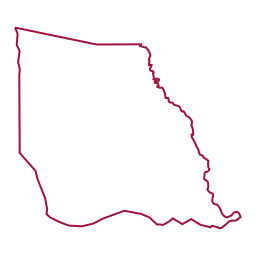 the district of St. Tammany, Louisiana, United States of America
{"feature_id": "52423323B29403129163195", "entity_name": "St. Tammany", "entity_type": "district", "adm_level": 2, "iso_a3": "USA", "parent_name": "United States of America", "parent_adm1": "Louisiana", "projection": "mercator", "projection_center": [-89.763, 30.431], "detail": "fine", "context": "isolated", "style": "outline", "palette": "rose", "viewbox_px": 256, "rotation_deg": 0, "n_neighbors": 0, "source": "geoboundaries", "source_scale": "gbopen_adm2", "svg_char_len": 2532}
<svg xmlns="http://www.w3.org/2000/svg" viewBox="0 0 256 256"><path d="M141.0,44.3L97.3,44.5L94.0,44.0L15.9,27.8L15.4,28.4L17.6,33.7L16.7,44.8L19.6,51.1L18.1,62.1L19.8,69.2L19.3,74.9L19.4,102.2L19.7,152.0L19.6,152.8L20.1,153.4L35.5,170.9L37.5,179.0L45.1,198.1L47.2,209.1L46.5,214.0L50.1,217.4L61.3,222.8L69.1,225.6L82.1,226.3L93.5,223.5L102.4,218.8L124.2,210.8L141.1,213.9L149.6,217.5L156.8,224.3L163.4,224.8L169.7,221.1L172.7,218.4L182.4,224.1L191.2,219.1L200.4,224.8L210.4,227.3L212.0,225.8L218.0,227.3L219.0,228.2L221.4,227.9L226.0,224.4L227.2,223.2L228.9,221.5L231.3,220.7L236.6,220.4L238.6,218.5L240.6,217.2L239.6,214.4L238.8,213.1L237.9,212.2L236.3,211.8L235.4,212.0L233.7,212.8L233.1,213.3L232.5,214.2L231.4,215.4L229.0,216.6L226.6,217.4L225.3,216.9L223.4,215.3L221.8,213.2L221.3,212.1L220.9,210.2L218.5,206.2L217.1,204.6L215.1,204.3L214.2,203.9L213.6,203.4L212.6,202.1L212.2,201.2L212.2,200.6L212.6,197.8L213.1,195.6L213.1,194.5L212.5,193.5L210.1,192.6L209.2,191.9L207.7,190.1L207.5,189.0L207.8,188.4L208.0,188.3L208.3,186.4L208.1,183.1L207.8,182.0L205.9,180.1L204.1,179.2L204.6,173.4L205.0,172.4L205.2,172.2L206.9,171.8L207.7,171.4L209.4,169.7L209.3,169.3L208.3,167.3L208.1,163.0L208.3,160.8L206.3,159.1L203.5,157.6L203.4,156.5L203.1,156.1L201.2,155.0L199.9,154.6L198.9,152.2L198.3,149.4L195.9,145.4L195.1,143.0L193.1,139.2L192.4,138.1L191.7,137.1L191.6,134.6L192.1,134.5L192.5,135.1L192.8,135.1L193.3,134.2L192.7,128.8L192.3,127.0L191.8,126.7L191.4,125.1L192.0,122.8L191.8,120.7L189.8,118.0L189.7,117.9L188.0,116.6L186.2,115.9L185.0,113.4L183.8,111.4L183.6,111.2L182.9,111.5L181.8,111.4L180.7,109.5L180.2,107.6L179.1,106.4L178.7,106.2L176.1,105.4L173.7,104.5L173.5,104.0L172.4,102.6L170.4,102.6L168.8,101.6L168.7,101.4L168.6,98.8L168.1,97.9L165.8,98.1L165.2,95.7L165.0,93.6L164.7,92.7L163.5,89.6L162.3,87.7L162.0,87.6L160.9,87.8L159.5,87.6L158.7,87.4L157.9,87.1L157.4,86.9L157.4,86.6L157.4,86.3L157.8,86.3L158.4,86.1L158.5,85.1L157.7,83.3L155.1,82.8L154.8,82.5L154.8,81.9L155.1,81.1L155.5,80.8L155.9,80.8L157.0,81.5L158.3,81.0L159.0,80.2L159.1,79.7L158.9,79.4L157.7,78.7L156.0,78.8L154.8,79.2L154.1,79.4L153.5,79.2L153.9,77.8L153.0,73.3L153.3,73.1L153.6,72.9L153.8,72.3L152.3,70.9L150.9,70.8L150.3,70.4L149.9,69.5L149.9,69.0L150.7,67.5L151.5,65.6L151.7,65.1L151.2,64.8L150.8,64.7L149.4,65.3L148.8,64.9L149.1,62.7L149.6,61.3L149.4,60.7L148.8,59.7L150.4,55.7L149.3,52.1L148.3,50.2L145.8,47.3L144.9,47.4L143.4,46.9L140.0,46.0L139.9,45.3L140.4,44.7L141.0,44.5L141.0,44.3Z" fill="none" stroke="#9f1239" stroke-width="2"/></svg>